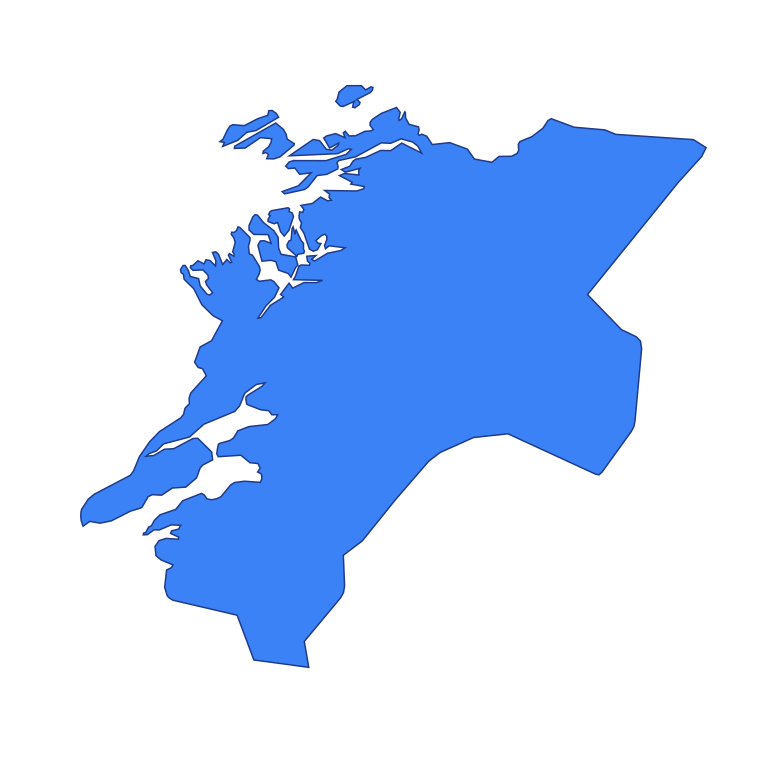 SVG path tracing the border of Nord-Trøndelag, rotated 10°
{"feature_id": "NOR-925", "entity_name": "Nord-Trøndelag", "entity_type": "County", "adm_level": 1, "iso_a3": "NOR", "parent_name": "Norway", "parent_adm1": "", "projection": "mercator", "projection_center": [11.396, 64.165], "detail": "fine", "context": "isolated", "style": "filled", "palette": "blue", "viewbox_px": 768, "rotation_deg": 10, "n_neighbors": 0, "source": "natural_earth", "source_scale": "10m", "svg_char_len": 6160}
<svg xmlns="http://www.w3.org/2000/svg" viewBox="0 0 768 768"><g transform="rotate(10 384 384)"><path d="M660.2,95.3L657.4,104.7L639.1,133.8L568.9,260.6L608.3,289.2L624.3,293.7L629.1,297.2L631.6,304.6L637.6,376.7L637.5,382.2L635.8,387.8L613.9,433.1L611.5,436.1L608.2,436.1L514.7,411.5L481.4,421.2L451.3,441.6L441.5,452.2L415.1,496.4L390.0,542.1L373.7,559.7L380.3,589.9L380.3,596.5L378.3,602.3L350.2,651.3L359.1,676.1L303.8,678.4L279.5,637.2L213.7,633.6L209.7,632.0L207.4,630.3L203.3,622.4L202.2,604.9L206.5,601.8L207.6,598.8L195.1,596.0L189.2,592.6L186.7,583.7L189.6,577.3L196.2,573.9L208.4,572.6L208.4,570.4L199.7,568.2L200.3,565.5L207.0,562.5L208.4,558.4L198.9,559.7L187.9,566.8L182.9,567.5L177.2,573.4L173.1,574.4L173.1,572.6L175.2,571.6L177.0,565.8L179.6,564.0L181.5,558.1L186.3,551.6L200.6,543.7L206.1,533.9L223.1,523.5L226.2,524.4L229.6,527.9L234.5,527.9L239.4,525.9L243.0,523.3L250.7,509.8L253.9,507.0L263.3,504.0L279.3,502.3L280.1,498.8L279.6,495.5L278.2,493.6L274.8,492.6L276.7,488.5L273.7,484.2L265.7,484.8L255.4,479.0L233.4,484.4L231.4,481.8L231.2,476.2L231.4,472.3L232.1,471.2L242.0,466.4L245.2,463.3L248.2,455.5L258.4,449.4L276.5,444.1L283.2,437.0L284.6,432.7L278.9,433.8L275.1,430.3L267.2,430.8L253.4,428.1L252.3,427.6L250.7,423.4L250.5,420.6L252.1,418.4L264.4,407.3L266.6,403.6L258.4,406.6L248.5,417.2L245.6,430.7L241.8,436.9L213.7,454.8L201.6,470.0L177.4,481.2L171.7,489.3L165.0,493.2L162.1,496.5L169.8,494.4L179.0,486.4L188.2,484.2L205.4,470.8L210.0,469.8L226.1,480.9L228.4,488.5L219.6,495.3L217.5,498.8L215.7,509.0L206.7,520.0L193.6,523.2L184.3,532.1L175.1,533.2L171.3,535.9L167.2,547.1L165.9,548.4L156.3,553.3L139.3,566.1L128.5,570.4L118.1,570.4L112.3,576.3L109.5,571.1L108.4,567.0L107.8,562.7L108.0,559.8L112.8,548.7L117.9,542.8L150.0,518.0L152.4,513.2L155.8,497.9L163.1,481.8L171.1,469.9L189.8,452.5L191.9,448.6L192.2,442.5L195.8,437.1L194.5,432.2L195.2,426.5L207.6,406.8L202.6,400.4L198.1,400.0L193.7,395.5L196.5,379.4L206.6,371.4L213.9,349.8L203.5,346.3L190.8,337.5L180.1,323.2L169.0,315.6L167.4,310.8L164.9,309.6L163.7,306.7L165.5,302.2L167.6,301.8L171.8,306.4L174.4,311.7L183.1,312.4L186.0,319.4L194.1,326.3L196.8,326.7L199.4,324.0L192.0,317.0L190.4,313.8L192.8,310.8L191.7,307.3L185.9,303.1L176.2,305.2L173.1,303.1L173.1,301.2L175.0,300.6L179.4,294.9L185.9,297.0L187.1,292.6L191.2,292.6L197.6,297.0L197.0,291.8L192.2,284.2L195.4,283.0L198.5,285.0L204.4,294.3L207.6,288.6L211.4,291.4L212.9,290.5L208.4,284.2L209.1,282.4L213.9,284.2L213.9,281.9L212.0,280.2L212.9,270.4L210.7,266.1L207.6,263.1L207.6,261.0L210.0,260.7L212.1,258.7L212.9,254.7L214.8,254.8L226.6,263.1L227.1,266.1L226.6,271.9L228.7,279.2L232.1,280.0L240.8,289.8L242.2,293.1L242.0,297.1L240.2,303.1L243.2,304.5L254.4,301.1L257.6,302.1L263.9,307.5L261.1,317.6L254.3,327.4L248.4,341.0L251.4,340.0L258.4,326.3L270.2,315.7L266.6,313.8L273.0,301.2L277.4,305.4L287.6,298.0L299.8,295.9L305.6,292.6L276.7,297.0L278.0,293.6L279.7,283.0L281.6,281.2L290.1,280.0L290.1,277.9L287.3,276.3L285.7,271.6L294.7,269.3L291.1,273.7L294.2,275.0L305.6,265.1L318.1,260.1L322.0,256.6L306.0,257.4L302.9,261.0L301.4,257.9L302.6,251.6L302.0,248.2L299.6,246.8L296.7,248.6L292.0,254.7L294.5,256.8L297.5,256.6L295.1,263.4L291.2,265.5L287.1,264.0L278.9,249.3L274.4,244.4L274.8,239.7L271.9,236.1L271.1,233.1L271.1,229.2L274.3,229.0L274.8,226.0L271.1,222.6L282.2,218.6L289.1,210.9L296.6,213.4L300.3,212.2L297.5,209.9L297.5,206.5L292.0,203.7L323.4,198.7L330.2,195.2L330.2,192.9L316.6,192.9L317.5,190.8L303.9,186.5L308.4,183.6L323.0,182.5L322.0,178.0L323.0,175.7L309.2,182.1L304.7,180.2L312.5,175.5L314.9,169.7L317.4,167.4L326.6,164.0L340.1,154.6L350.1,153.0L359.6,143.7L381.0,150.1L375.9,143.8L370.2,140.7L358.3,139.6L348.8,145.8L339.5,147.0L316.6,165.2L300.4,171.9L299.3,174.3L301.1,178.0L301.1,180.2L291.2,187.5L282.0,190.3L275.2,202.9L272.1,206.2L253.2,214.0L250.3,212.2L265.2,203.7L275.6,188.7L264.5,192.1L258.7,186.8L252.4,188.5L249.3,186.5L252.1,181.8L256.0,179.7L288.1,174.1L306.8,164.5L311.0,158.6L307.8,158.6L298.4,165.2L251.2,175.7L271.8,155.5L278.3,155.5L286.5,162.9L292.1,162.7L297.5,156.7L297.5,154.6L289.4,161.0L281.9,152.2L284.3,149.7L292.9,145.8L302.9,148.2L300.3,143.7L302.0,141.8L306.5,145.8L312.8,144.5L321.5,138.4L327.3,137.0L329.3,135.3L325.3,131.6L324.9,128.7L326.5,125.5L334.3,118.0L348.3,109.5L352.8,113.7L352.5,119.9L353.2,121.8L355.3,119.7L357.2,112.3L357.9,112.8L359.0,118.1L363.5,123.9L373.3,124.8L374.5,127.7L374.1,131.8L375.6,133.0L377.9,131.4L383.1,132.6L389.9,139.8L406.8,134.9L425.3,138.2L434.0,146.8L451.8,146.9L457.8,139.9L470.0,137.6L475.0,133.9L476.1,131.0L474.7,124.7L475.7,121.7L486.9,114.6L496.1,104.5L499.8,96.0L502.7,93.7L526.7,98.1L557.3,95.4L569.0,97.9L646.3,89.6L660.2,95.3ZM256.6,268.3L260.0,274.1L275.0,274.2L278.5,281.9L276.8,284.4L273.9,294.9L270.5,291.8L260.5,290.2L256.3,282.4L251.4,281.8L242.5,284.2L235.7,269.3L237.4,264.5L241.2,263.7L248.4,265.1L244.0,257.0L229.8,259.3L224.3,255.7L223.6,251.2L225.8,242.1L227.5,239.7L230.0,239.6L237.5,246.1L249.0,252.2L254.3,258.0L256.6,268.3ZM230.7,161.9L219.4,162.9L206.3,175.7L195.7,178.0L195.7,175.7L232.1,145.8L240.8,150.8L244.2,154.9L246.1,159.6L253.9,162.9L253.9,164.4L242.0,178.5L236.2,181.5L229.4,182.5L230.3,178.0L227.6,176.6L224.7,178.0L224.7,175.7L229.3,170.2L230.8,165.7L230.7,161.9ZM197.6,169.5L183.9,178.0L184.9,173.8L180.3,173.8L182.9,171.1L185.6,161.2L187.6,156.7L190.0,154.9L201.6,153.8L213.8,144.5L222.9,139.6L223.1,134.8L226.5,134.1L230.9,136.2L233.9,139.6L214.0,156.6L205.2,159.9L197.6,169.5ZM319.6,93.6L321.6,93.9L321.6,96.6L320.1,99.1L307.9,108.6L311.5,110.8L311.2,113.1L307.4,117.0L305.0,116.8L305.1,112.3L305.8,110.8L295.5,117.8L292.7,117.9L287.4,114.0L288.6,111.1L289.0,104.4L295.6,96.7L309.9,94.1L314.8,97.6L319.6,93.6ZM265.8,234.8L263.7,249.3L260.0,255.7L255.7,252.0L251.2,243.5L247.9,245.3L241.6,244.1L241.2,241.9L242.7,237.9L240.9,237.2L241.7,234.3L243.2,232.8L258.9,227.1L260.6,227.9L260.6,230.6L264.0,231.6L265.8,234.8ZM280.3,259.4L281.3,265.1L282.5,266.9L282.3,269.2L276.7,271.1L276.0,273.4L265.2,266.6L264.3,263.8L265.6,259.6L267.5,258.4L266.5,247.1L267.2,245.0L270.5,252.2L270.2,249.4L270.7,247.6L277.5,257.1L280.3,259.4Z" fill="#3b82f6" stroke="#1e3a8a" stroke-width="1.5"/></g></svg>